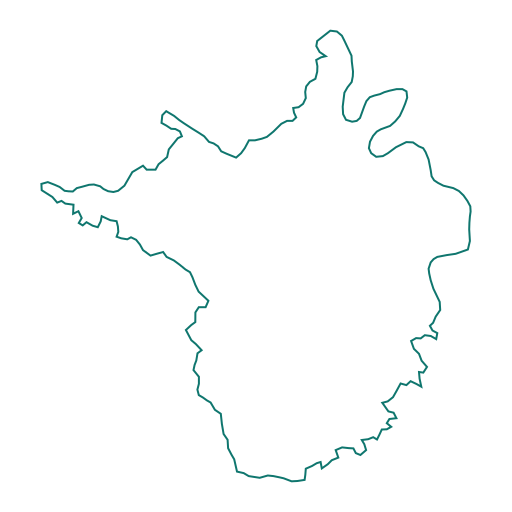 the district of Dois Vizinhos, Paraná, Brazil
{"feature_id": "56859067B29703429785729", "entity_name": "Dois Vizinhos", "entity_type": "district", "adm_level": 2, "iso_a3": "BRA", "parent_name": "Brazil", "parent_adm1": "Paraná", "projection": "natural_earth1", "projection_center": [-53.086, -25.743], "detail": "fine", "context": "isolated", "style": "outline", "palette": "teal", "viewbox_px": 512, "rotation_deg": 0, "n_neighbors": 0, "source": "geoboundaries", "source_scale": "gbopen_adm2", "svg_char_len": 3512}
<svg xmlns="http://www.w3.org/2000/svg" viewBox="0 0 512 512"><path d="M41.4,183.9L41.7,190.2L52.4,197.0L57.2,202.6L61.5,200.9L65.3,203.6L73.5,204.7L73.1,213.8L78.4,211.2L81.7,218.0L78.8,223.0L82.7,225.4L86.5,222.2L92.6,225.7L97.8,227.2L100.7,221.4L101.7,216.2L110.3,220.2L116.6,221.2L117.9,226.5L118.3,231.9L116.6,236.7L121.2,238.3L127.3,239.3L131.0,237.3L136.1,239.8L139.9,244.5L143.0,250.1L150.5,255.6L157.0,253.7L163.1,252.0L166.6,256.9L173.8,260.4L179.5,264.6L185.5,269.5L190.0,272.2L192.5,277.4L195.3,284.8L198.6,291.6L208.4,300.8L205.6,307.2L198.8,307.2L195.4,312.4L195.3,322.1L191.3,325.0L185.9,330.0L191.3,340.2L195.9,344.1L201.6,350.2L197.5,353.3L196.3,360.5L194.6,364.9L193.5,370.1L198.9,376.8L198.9,383.8L197.4,389.6L198.8,395.1L202.9,397.5L206.9,400.4L210.6,402.5L214.9,409.8L220.8,413.8L221.9,424.0L223.6,434.0L227.6,439.8L228.1,448.2L231.5,454.7L234.2,459.3L237.0,471.6L243.7,473.1L248.7,476.1L259.7,477.8L267.8,475.5L273.5,476.1L279.8,477.4L283.7,478.3L291.6,481.3L297.5,481.0L304.6,479.9L305.3,474.9L305.8,468.7L312.0,466.0L316.7,463.2L320.6,462.0L321.8,468.4L327.8,464.2L331.8,460.2L338.3,457.6L335.7,450.1L342.1,447.4L348.6,448.1L353.4,448.4L355.8,453.1L360.4,455.0L366.1,450.1L364.3,444.2L361.8,440.0L368.2,439.2L373.2,437.2L377.0,439.5L379.4,434.7L381.8,429.5L386.8,429.3L391.2,426.8L386.8,423.2L389.4,419.0L396.4,418.2L393.6,412.7L388.4,411.4L382.3,402.8L387.7,401.4L393.0,397.2L396.4,391.2L400.6,383.5L406.4,385.1L410.6,381.2L416.5,384.0L421.3,386.7L419.6,378.8L419.0,372.0L423.3,372.6L427.0,366.9L421.6,360.7L419.0,353.8L413.9,348.8L411.1,341.0L416.1,338.1L420.7,338.4L424.8,335.2L430.8,336.0L436.2,339.1L437.3,333.1L432.5,330.5L429.9,325.8L433.1,322.8L435.7,316.6L440.2,310.0L439.7,301.9L433.4,288.7L430.7,280.3L429.2,273.5L428.6,268.7L430.7,262.4L433.6,259.1L437.3,256.9L446.7,255.1L455.7,253.8L467.9,249.5L469.9,241.0L469.2,229.4L469.4,222.8L469.9,216.5L470.6,211.5L470.3,206.3L467.4,200.9L463.5,195.4L458.9,191.0L453.3,188.1L443.4,185.7L438.0,182.9L434.1,180.3L431.6,176.3L430.7,170.2L428.6,159.5L425.6,152.1L423.2,148.2L418.7,146.3L413.0,142.4L406.3,142.1L396.0,147.2L387.9,153.2L382.9,156.1L376.2,156.8L371.2,153.2L368.9,148.2L370.0,141.7L373.1,135.8L376.8,131.6L380.8,129.3L390.1,125.9L395.2,121.4L399.8,115.9L403.0,109.0L405.2,103.6L407.2,97.6L406.5,91.4L402.4,89.1L396.7,89.1L389.5,90.7L384.3,92.2L380.1,94.1L374.2,95.6L369.8,97.2L366.4,101.1L364.2,106.4L360.0,118.0L356.7,120.9L352.1,121.7L346.0,119.8L343.1,114.2L342.7,106.7L344.4,92.7L347.6,87.2L351.7,82.0L352.8,76.3L353.0,71.5L351.8,61.5L351.5,55.7L344.3,40.5L341.9,35.7L336.9,31.5L330.3,30.7L317.2,41.0L316.3,46.1L319.6,52.0L325.7,56.2L321.1,57.3L316.2,60.0L317.4,66.2L317.2,71.8L315.4,78.8L309.9,81.8L306.2,86.4L305.2,92.0L305.8,98.1L303.1,103.8L298.6,107.2L293.2,108.0L294.0,112.7L296.2,117.4L292.5,120.9L287.0,120.9L281.3,123.8L273.4,131.6L266.9,136.9L261.8,138.7L255.1,140.3L249.0,140.3L244.8,148.1L241.1,153.2L236.1,157.6L226.5,153.7L221.2,151.3L218.0,146.3L213.6,143.4L209.0,141.9L204.2,136.3L198.7,132.7L192.4,128.8L183.8,123.2L179.3,120.1L174.1,115.9L166.2,111.2L162.3,115.2L161.5,122.9L166.4,125.6L171.2,128.8L175.3,129.0L179.9,131.4L181.9,136.3L177.8,138.2L173.8,143.2L168.8,149.4L167.1,157.1L163.5,160.2L158.6,164.2L155.5,169.7L146.7,169.7L143.0,165.7L132.3,172.1L124.4,185.7L118.1,190.8L113.4,192.0L108.1,191.2L103.5,189.0L100.2,186.3L93.9,184.5L89.1,184.8L81.9,186.8L76.8,188.1L72.8,191.5L68.6,191.3L64.6,190.8L59.7,187.0L54.7,184.8L47.8,182.1L41.4,183.9Z" fill="none" stroke="#0f766e" stroke-width="2"/></svg>